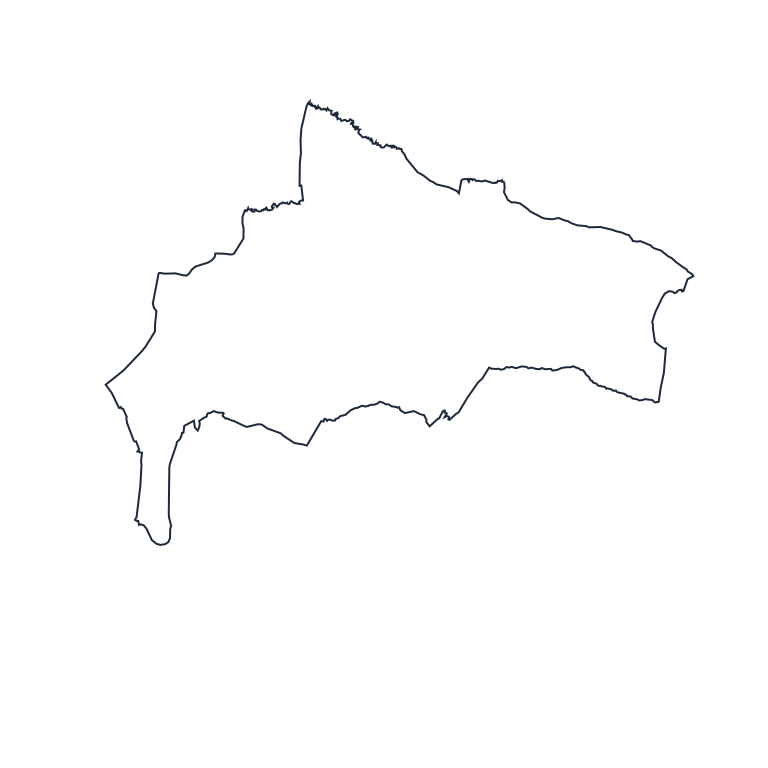 Ghioroiu, Vâlcea, Romania, rotated 118°
{"feature_id": "2599482B90702862990057", "entity_name": "Ghioroiu", "entity_type": "district", "adm_level": 2, "iso_a3": "ROU", "parent_name": "Romania", "parent_adm1": "Vâlcea", "projection": "equal_earth", "projection_center": [23.826, 44.687], "detail": "fine", "context": "isolated", "style": "outline", "palette": "slate", "viewbox_px": 768, "rotation_deg": 118, "n_neighbors": 0, "source": "geoboundaries", "source_scale": "gbopen_adm2", "svg_char_len": 6166}
<svg xmlns="http://www.w3.org/2000/svg" viewBox="0 0 768 768"><g transform="rotate(118 384 384)"><path d="M227.9,562.3L248.7,551.6L247.6,550.2L260.0,541.6L260.6,543.0L262.8,544.5L263.5,544.5L264.5,543.1L266.1,545.8L265.9,547.2L266.6,548.4L266.0,551.2L266.7,552.2L269.1,552.0L269.8,552.5L270.0,553.5L269.3,554.8L270.9,555.8L271.2,558.7L272.4,558.9L273.2,560.3L277.8,561.6L277.0,562.3L277.5,563.6L276.3,564.9L276.5,566.0L280.0,566.4L280.6,565.7L280.3,564.4L282.2,564.5L284.1,566.0L285.2,568.4L284.6,569.0L284.8,569.7L283.8,570.0L283.6,570.8L285.7,570.9L285.7,572.0L287.2,572.1L287.6,573.4L288.9,573.4L290.1,574.8L290.8,577.9L290.2,578.8L290.5,579.9L291.0,580.3L292.6,579.4L293.6,581.1L293.3,582.3L291.7,582.4L291.8,583.2L292.9,583.8L293.1,586.0L292.6,586.5L295.1,586.2L295.4,587.8L296.5,587.4L296.7,588.3L303.1,587.3L308.6,584.4L312.6,581.0L321.5,576.4L338.9,577.6L340.3,578.3L341.7,580.3L344.1,586.6L347.9,594.1L351.6,593.1L355.7,594.2L359.3,596.3L368.7,605.5L373.3,607.4L378.3,608.0L380.8,609.1L382.2,612.0L384.2,620.0L389.4,629.2L391.4,634.6L392.2,634.9L421.5,625.9L425.0,622.6L426.3,619.2L437.5,614.7L445.3,610.9L463.1,612.1L467.9,613.0L494.4,620.4L515.3,629.4L519.7,620.2L529.6,606.7L527.9,605.5L528.9,604.2L528.4,602.7L533.9,595.6L534.9,595.7L539.1,592.5L551.3,578.6L551.9,577.1L551.0,575.9L556.7,569.5L559.2,569.9L558.5,568.7L559.1,568.0L558.3,565.4L566.3,562.2L569.2,560.2L587.9,551.5L617.6,540.0L620.8,540.1L621.0,538.1L620.3,536.7L623.5,534.1L622.0,532.6L621.6,529.7L623.2,525.9L630.9,515.5L631.9,509.8L631.0,505.8L628.0,501.9L624.8,500.2L620.7,500.5L613.0,504.4L608.9,505.6L602.3,511.5L598.7,513.6L558.8,534.2L555.2,535.5L534.9,538.8L532.6,539.6L528.4,538.3L525.2,538.5L522.0,539.4L521.2,538.2L514.7,540.7L505.6,534.6L511.2,530.6L512.6,526.6L508.9,526.9L505.4,528.1L503.4,529.9L498.2,527.0L496.1,525.3L494.1,525.9L492.4,525.7L491.1,523.8L487.7,521.5L487.4,517.9L484.9,512.2L485.3,511.7L487.8,511.6L488.9,507.8L488.1,506.4L487.7,500.9L487.2,500.1L486.6,486.0L485.7,484.3L478.6,476.3L477.2,472.8L478.0,466.2L476.0,451.8L476.9,449.0L478.2,435.5L475.2,426.5L474.6,423.2L446.3,422.0L445.6,419.8L443.0,420.3L442.3,419.2L443.3,417.0L441.7,416.5L441.0,415.4L440.6,412.5L439.1,410.0L437.4,410.2L435.9,408.5L433.0,407.6L429.4,403.6L422.8,401.1L419.0,398.3L417.6,396.3L413.5,393.2L412.7,389.9L410.7,387.6L409.0,386.5L406.7,382.7L404.5,380.8L401.6,379.3L400.9,376.0L401.2,373.2L399.8,370.6L400.1,366.6L398.5,362.3L398.5,360.7L397.4,359.8L399.5,357.1L399.8,351.8L394.2,345.3L393.8,343.6L393.7,338.0L392.7,334.0L395.6,329.8L397.7,328.8L399.9,323.8L389.3,320.1L388.5,319.1L380.8,319.3L379.1,318.5L379.1,317.7L380.8,317.0L380.4,315.4L380.7,314.6L384.7,314.9L382.8,313.4L382.5,312.6L382.8,310.9L385.0,310.5L384.9,309.3L376.8,306.5L374.0,304.8L357.7,304.0L338.4,301.7L333.1,299.8L320.1,298.9L320.1,296.6L318.1,291.9L316.8,290.3L316.6,287.8L314.6,285.1L311.6,283.9L310.6,281.0L308.9,279.2L308.0,274.7L303.9,270.8L302.0,266.3L302.4,263.8L300.2,261.4L299.3,256.8L297.7,253.3L295.8,252.2L295.4,248.9L292.2,243.5L293.1,241.7L292.9,241.2L289.9,237.4L286.7,234.9L283.9,231.3L281.8,227.5L279.3,224.8L279.4,222.4L278.8,219.7L279.2,217.3L278.3,214.3L279.2,213.3L279.3,212.0L280.7,210.6L281.7,206.1L283.6,203.7L283.6,201.3L284.5,200.4L284.0,196.4L285.0,194.0L284.1,192.3L284.0,190.4L283.2,189.3L283.0,187.0L283.8,185.5L283.1,185.0L282.0,180.9L282.4,178.9L281.8,177.3L280.8,176.1L281.5,175.2L281.7,173.9L279.9,167.5L280.2,166.4L279.7,165.4L280.6,163.7L279.3,160.5L280.1,157.8L278.6,152.8L278.7,150.9L276.7,148.1L274.9,146.6L272.3,139.7L273.1,136.2L270.8,133.1L257.1,138.0L242.6,142.2L220.3,151.8L221.2,152.6L221.3,153.4L220.8,158.6L219.5,164.6L209.3,172.2L204.8,174.8L203.8,176.1L201.9,176.6L192.8,178.2L177.9,178.9L172.2,178.5L168.1,175.8L167.0,172.3L167.4,170.1L166.0,168.8L163.8,168.4L162.2,167.1L161.1,165.5L162.3,164.5L161.5,163.2L149.0,165.2L143.5,161.5L142.4,163.3L142.0,168.6L140.7,170.9L140.6,174.4L139.0,184.9L138.3,185.8L138.4,187.7L137.7,188.9L137.9,192.6L136.1,202.2L137.4,209.3L137.0,212.3L136.4,213.2L137.5,224.6L139.5,227.5L140.9,231.5L139.9,232.7L137.6,237.8L138.3,240.6L138.5,244.7L140.4,251.9L140.4,253.7L143.8,266.7L149.3,276.3L149.8,279.9L153.1,287.7L154.1,294.0L153.9,298.3L154.6,300.4L155.5,307.9L159.3,312.4L162.3,319.2L162.9,322.1L163.0,336.1L162.0,339.5L160.7,348.6L162.1,353.6L163.8,356.5L163.4,361.0L158.3,368.1L154.4,369.5L150.5,371.8L149.2,373.3L150.0,374.6L148.7,375.6L150.6,377.0L151.2,378.8L152.9,378.8L153.3,379.6L154.1,379.7L154.3,380.7L155.3,381.7L157.0,390.6L158.5,391.6L159.6,393.8L160.2,396.1L161.5,398.0L160.8,400.1L161.1,400.9L162.3,401.6L161.8,402.2L162.2,403.8L162.6,404.3L165.6,404.0L164.9,405.3L163.6,405.4L163.4,406.0L166.2,410.4L167.7,411.3L180.5,407.4L179.4,410.1L179.9,419.3L183.1,431.3L182.6,435.6L182.9,438.7L181.4,447.0L181.2,454.0L174.5,470.0L171.6,473.8L170.2,477.2L168.3,479.1L169.1,480.2L168.8,481.6L170.3,483.0L169.2,484.5L170.0,485.7L169.1,486.2L169.1,487.7L169.6,488.2L171.1,487.5L171.7,488.3L170.4,489.9L171.8,491.4L171.3,494.0L175.0,495.2L176.3,496.7L176.3,498.1L175.0,499.0L175.5,499.8L175.2,500.6L176.0,502.2L174.4,502.6L175.4,504.2L174.4,504.8L176.2,504.8L177.0,506.7L175.9,507.6L175.7,508.5L174.5,508.7L175.2,510.4L173.4,510.4L174.0,512.2L174.8,512.9L173.9,513.9L175.0,514.9L174.2,516.1L176.2,518.3L174.5,524.4L171.6,525.3L170.7,524.9L171.5,527.2L169.4,527.5L169.8,529.0L172.1,528.3L172.7,528.9L171.7,529.7L171.4,530.9L170.2,530.2L170.9,532.3L169.2,533.7L169.8,535.3L168.6,535.3L168.1,533.8L167.7,533.6L166.1,534.8L166.4,535.9L166.1,538.1L168.0,538.4L169.5,540.4L168.9,541.7L169.1,542.6L171.8,545.1L170.5,547.0L170.9,548.8L171.9,549.4L170.4,550.6L170.6,551.2L169.5,551.6L169.8,552.7L168.5,553.1L168.3,552.1L167.5,552.9L167.1,551.8L166.2,552.8L168.3,554.6L169.2,554.8L170.0,554.2L170.6,554.8L170.4,557.4L167.4,558.5L168.1,560.9L167.0,563.4L169.4,563.2L168.7,564.9L169.7,565.8L169.5,566.9L170.4,567.2L171.2,568.6L170.1,570.8L171.8,572.1L169.9,573.0L171.1,573.4L172.3,572.9L172.8,573.3L171.7,575.1L170.8,575.7L172.1,577.3L172.2,578.7L171.1,578.6L170.6,579.6L172.0,580.1L172.0,581.2L169.4,582.2L171.9,583.0L175.8,582.6L197.3,576.9L208.2,572.0L219.4,565.6L227.9,562.3Z" fill="none" stroke="#1e293b" stroke-width="2"/></g></svg>